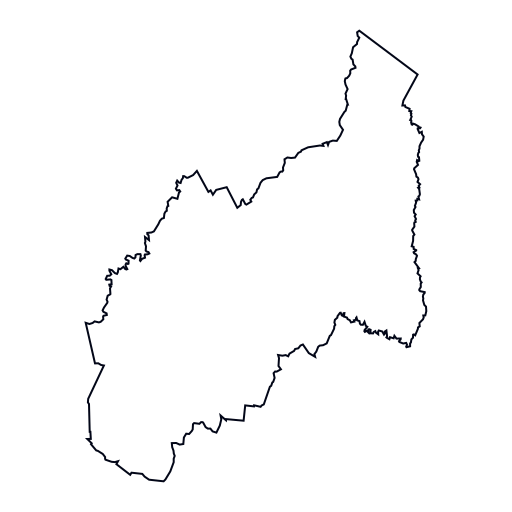 Mount Barker, South Australia, Australia (Equal Earth projection)
{"feature_id": "25037944B83528217861906", "entity_name": "Mount Barker", "entity_type": "district", "adm_level": 2, "iso_a3": "AUS", "parent_name": "Australia", "parent_adm1": "South Australia", "projection": "equal_earth", "projection_center": [138.877, -35.069], "detail": "fine", "context": "isolated", "style": "outline", "palette": "ink", "viewbox_px": 512, "rotation_deg": 0, "n_neighbors": 0, "source": "geoboundaries", "source_scale": "gbopen_adm2", "svg_char_len": 6079}
<svg xmlns="http://www.w3.org/2000/svg" viewBox="0 0 512 512"><path d="M85.7,322.8L95.0,363.4L98.3,363.3L101.1,365.0L103.9,365.5L88.2,398.8L87.9,402.4L89.0,404.0L89.7,431.8L90.4,431.8L90.8,438.9L87.3,439.0L91.7,443.3L91.0,444.2L96.2,450.4L97.9,450.9L102.8,454.0L105.1,457.0L105.1,458.8L105.5,459.7L111.6,461.8L114.9,462.1L118.0,461.2L116.4,464.2L130.2,474.8L131.5,472.7L142.3,473.9L144.6,476.6L149.1,479.7L163.6,481.3L165.4,479.5L170.3,471.4L173.7,462.2L173.7,458.7L174.7,455.9L173.8,453.5L173.5,450.7L172.2,447.2L171.8,443.1L176.2,443.0L179.7,444.6L183.3,444.0L183.9,437.5L186.2,433.7L189.1,434.0L191.8,431.0L192.7,429.4L193.0,424.2L194.1,423.1L199.4,423.8L201.1,422.1L202.3,422.1L203.1,422.5L205.6,427.1L207.8,428.6L210.4,428.6L212.6,431.4L216.4,432.6L219.8,425.6L221.3,419.3L220.6,415.5L226.0,420.3L226.1,419.1L243.6,420.7L245.2,405.4L254.0,406.4L254.1,405.3L260.6,406.8L261.6,405.5L263.8,404.4L269.9,386.7L271.2,385.8L272.3,382.5L273.2,381.9L274.6,377.9L273.6,373.2L275.1,371.5L276.7,371.6L280.9,369.3L278.5,366.0L279.0,358.1L278.1,355.0L282.4,355.7L285.7,355.1L288.2,356.3L289.5,353.6L294.1,350.9L295.1,349.0L298.3,348.3L300.5,345.5L302.9,344.5L308.8,353.1L315.1,356.8L314.4,354.1L316.3,351.6L318.2,346.8L319.7,345.6L323.1,345.2L326.7,343.4L329.8,335.8L331.0,335.1L334.1,328.7L334.3,326.2L335.3,324.9L334.4,322.5L334.9,319.8L337.3,317.7L337.5,316.2L340.0,312.8L340.7,312.7L341.8,315.4L342.7,315.8L343.6,313.2L344.4,313.1L344.0,316.6L347.0,317.6L347.6,319.1L349.8,320.2L351.0,322.4L354.4,321.6L353.9,320.3L355.9,319.8L356.0,318.0L356.5,317.4L357.3,320.4L359.5,321.1L359.9,323.6L360.8,324.7L362.9,324.8L364.5,321.8L365.8,325.8L367.3,326.8L364.6,330.0L364.4,331.3L364.9,331.9L366.7,330.8L368.4,332.5L368.4,329.4L369.2,329.2L370.6,329.8L370.4,333.3L373.1,333.4L373.7,332.0L375.3,331.1L376.0,332.7L378.2,334.3L378.1,331.7L378.8,330.5L382.3,331.5L384.0,334.6L385.0,333.4L384.9,331.5L386.4,330.5L387.1,336.3L386.4,337.4L386.9,337.8L389.4,339.2L390.0,337.2L393.6,338.3L394.4,335.8L396.5,338.6L400.7,338.5L400.6,339.4L399.0,341.2L399.4,342.0L403.2,343.5L406.2,342.9L407.0,344.7L406.2,346.7L406.5,347.2L410.1,346.3L410.1,343.4L410.9,342.5L411.4,339.4L413.0,337.7L413.1,334.7L413.9,334.4L415.2,335.3L417.9,328.8L418.0,327.4L419.7,326.4L419.4,323.0L423.0,319.3L423.7,317.4L423.3,315.5L425.3,315.4L426.3,311.1L426.0,306.6L424.3,304.9L423.0,300.3L423.3,298.4L422.9,296.7L423.3,294.6L424.7,292.9L424.7,292.1L420.2,291.2L419.3,290.2L419.3,289.4L420.8,287.0L420.7,283.7L421.6,282.4L420.8,281.7L419.9,279.3L420.0,277.4L420.6,276.3L417.5,273.4L418.6,270.0L417.9,268.2L418.9,268.1L414.5,262.1L415.7,260.9L415.8,259.1L417.0,255.8L416.1,254.4L414.1,253.3L413.6,252.2L416.2,250.5L416.2,250.1L413.7,249.0L413.6,246.8L411.7,246.3L413.1,240.9L413.2,236.0L414.4,234.6L412.2,230.5L412.2,229.7L414.4,226.6L414.2,223.3L414.4,222.5L415.7,221.9L415.2,220.4L416.0,219.0L414.6,216.2L415.7,214.5L414.0,212.7L413.8,210.0L415.5,207.0L414.9,205.9L416.1,202.6L415.7,200.6L417.2,200.5L417.3,198.9L419.1,199.4L418.4,196.5L419.4,195.7L419.9,194.2L419.2,189.2L418.2,187.8L419.4,187.5L418.7,185.9L420.1,184.2L417.5,181.9L418.5,179.2L417.9,177.6L416.4,176.6L416.1,174.2L414.0,169.2L414.3,168.2L418.0,164.9L416.7,161.8L417.1,160.1L417.7,160.5L417.7,161.5L419.3,160.8L419.0,157.2L418.1,156.8L417.8,155.0L418.3,153.0L419.1,152.1L418.8,150.3L419.5,148.6L419.5,146.2L421.1,142.6L423.1,139.7L423.7,136.6L422.0,134.3L421.8,131.8L419.4,133.0L417.6,128.9L417.7,128.4L420.1,128.3L420.5,127.6L418.6,127.0L418.5,126.4L415.1,124.3L413.0,123.6L412.4,124.7L411.7,124.5L411.1,122.4L411.4,120.9L411.0,119.9L410.3,119.9L411.7,116.6L410.9,115.2L411.4,113.7L410.7,113.0L411.3,111.2L409.3,111.0L409.6,108.8L405.4,107.0L405.0,105.4L402.4,105.5L403.4,100.6L417.6,74.5L359.3,30.7L357.1,32.3L357.7,36.0L359.3,37.7L357.1,42.1L357.0,44.0L353.1,47.2L351.8,53.3L350.4,56.6L351.4,58.8L352.6,59.6L353.4,64.4L355.3,66.4L355.5,67.8L351.1,69.5L350.2,70.7L350.3,73.3L349.2,75.7L347.0,78.1L345.5,78.4L345.2,79.1L344.8,81.2L345.5,84.5L347.6,89.1L345.5,93.6L346.1,95.6L345.7,99.0L346.1,99.0L347.8,104.4L347.4,104.3L345.7,110.7L344.4,111.9L340.0,118.9L339.3,121.9L339.8,125.1L343.0,129.8L340.3,135.6L336.8,140.9L332.8,140.6L329.1,141.9L328.0,145.0L326.9,142.1L322.6,143.8L323.4,145.9L320.0,145.5L308.1,147.3L301.5,150.3L301.0,151.6L298.3,152.9L295.0,157.6L291.1,158.0L287.4,157.5L284.5,159.3L284.8,162.9L283.0,167.5L283.2,170.4L282.3,171.6L281.1,171.5L279.6,172.4L277.2,176.9L266.4,178.3L262.7,180.1L260.5,182.8L258.4,188.4L257.1,189.4L256.4,192.4L254.2,194.4L253.0,197.4L251.7,197.9L250.3,199.8L251.3,201.6L246.4,204.6L245.3,204.0L242.8,199.3L241.9,199.9L241.0,201.8L240.7,205.1L237.3,207.8L226.7,187.2L216.2,189.9L212.9,194.7L210.6,190.4L208.4,191.9L196.9,170.9L193.1,175.1L187.9,177.7L186.8,177.8L184.3,176.2L183.2,176.1L182.8,178.3L181.6,179.7L180.6,183.0L179.0,182.6L177.2,180.6L176.2,182.8L177.5,185.5L175.9,188.7L177.0,190.4L179.3,190.1L180.2,191.5L179.0,192.5L177.4,198.8L172.1,197.3L167.6,201.8L168.3,205.9L167.5,206.2L166.7,208.4L166.8,210.8L165.6,211.5L164.4,213.6L163.9,218.0L161.8,218.7L160.0,220.7L158.3,224.3L153.9,231.4L151.4,232.5L147.3,232.9L147.3,234.1L148.6,235.4L149.0,240.1L145.0,237.0L145.4,241.8L144.9,243.0L146.0,246.3L145.7,250.6L146.5,251.5L148.5,252.1L149.3,253.5L147.6,254.3L144.9,254.5L144.6,255.2L145.0,257.7L142.1,258.8L140.4,261.0L139.9,260.4L140.8,255.5L140.4,254.1L137.4,254.1L135.6,255.0L135.4,257.4L134.3,258.5L132.5,257.9L129.8,256.0L127.2,255.6L125.3,258.6L125.8,259.5L128.6,260.7L128.5,263.7L127.9,264.0L126.3,263.3L125.6,264.4L125.6,265.8L127.3,269.1L126.4,269.5L125.2,269.0L123.4,266.8L120.4,269.2L118.5,268.5L117.8,272.4L117.0,273.9L114.9,273.1L112.0,270.2L109.4,269.5L109.4,270.7L111.3,274.3L109.7,275.7L107.2,275.8L105.7,279.0L106.3,279.8L110.4,279.4L111.4,280.0L111.6,284.2L109.3,284.6L109.6,285.9L111.1,286.4L110.0,288.4L110.4,293.5L110.3,294.3L107.7,295.7L106.6,299.6L107.5,301.6L107.3,302.8L104.0,307.5L102.6,310.4L103.4,311.8L106.6,313.4L106.8,315.0L103.5,315.8L103.1,316.6L103.3,319.3L100.7,321.8L98.9,322.4L94.6,321.4L92.6,323.0L89.4,324.0L85.7,322.8Z" fill="none" stroke="#020617" stroke-width="2"/></svg>